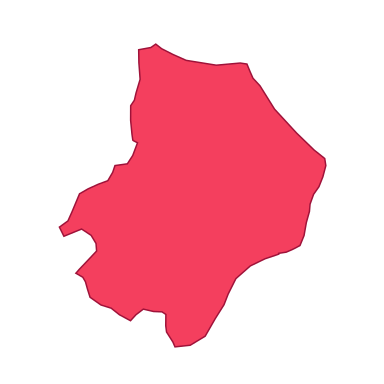 Falun, Dalarna, Sweden, rotated 352°
{"feature_id": "70781695B54233926818688", "entity_name": "Falun", "entity_type": "district", "adm_level": 2, "iso_a3": "SWE", "parent_name": "Sweden", "parent_adm1": "Dalarna", "projection": "orthographic", "projection_center": [15.811, 60.776], "detail": "fine", "context": "isolated", "style": "filled", "palette": "rose", "viewbox_px": 384, "rotation_deg": 352, "n_neighbors": 0, "source": "geoboundaries", "source_scale": "gbopen_adm2", "svg_char_len": 1200}
<svg xmlns="http://www.w3.org/2000/svg" viewBox="0 0 384 384"><g transform="rotate(352 192 192)"><path d="M176.7,40.5L171.4,43.2L159.0,43.7L157.4,56.6L156.3,73.2L150.4,86.1L147.7,93.1L143.3,98.0L141.2,112.5L140.6,126.5L140.6,132.4L141.1,133.0L144.9,135.7L138.4,147.6L131.9,155.1L119.4,155.1L116.2,161.5L110.2,169.1L100.5,171.2L89.6,174.4L80.4,178.1L70.5,194.8L65.1,203.4L55.8,208.3L59.0,218.0L77.5,213.3L86.1,220.9L89.8,229.6L89.3,237.2L77.8,246.4L69.6,252.9L65.7,256.3L72.0,261.2L74.0,266.1L75.0,273.7L76.4,282.1L86.1,291.2L95.8,295.8L103.1,303.5L113.2,310.9L119.5,305.7L127.5,301.2L137.3,305.0L145.6,306.5L149.1,309.6L147.4,320.8L147.3,327.1L152.2,337.9L153.6,343.0L168.9,343.5L185.0,336.6L197.5,320.5L208.0,308.1L213.6,298.1L223.4,283.9L239.5,273.3L255.0,268.3L266.8,266.1L269.3,265.6L269.3,264.8L276.9,264.7L283.1,263.0L286.4,261.9L291.5,260.0L296.9,250.7L301.0,238.1L305.6,227.6L307.2,220.5L312.1,211.2L318.4,204.5L323.7,195.2L328.2,184.5L328.1,177.3L327.8,177.0L318.9,167.6L303.7,148.1L285.3,121.5L274.1,96.3L268.2,87.8L266.2,80.7L264.2,72.9L263.8,72.8L257.7,71.0L233.7,69.8L209.0,62.2L204.5,60.8L192.2,53.1L181.9,45.9L176.7,40.5Z" fill="#f43f5e" stroke="#9f1239" stroke-width="1.5"/></g></svg>